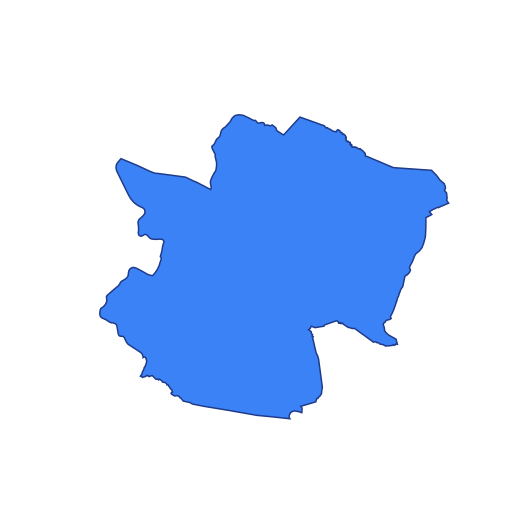 Tangamandapio, Michoacán, Mexico, rotated 30°
{"feature_id": "50627088B20448170324578", "entity_name": "Tangamandapio", "entity_type": "district", "adm_level": 2, "iso_a3": "MEX", "parent_name": "Mexico", "parent_adm1": "Michoacán", "projection": "orthographic", "projection_center": [-102.457, 19.89], "detail": "fine", "context": "isolated", "style": "filled", "palette": "blue", "viewbox_px": 512, "rotation_deg": 30, "n_neighbors": 0, "source": "geoboundaries", "source_scale": "gbopen_adm2", "svg_char_len": 6157}
<svg xmlns="http://www.w3.org/2000/svg" viewBox="0 0 512 512"><g transform="rotate(30 256 256)"><path d="M365.2,94.0L332.0,110.2L330.5,110.8L302.5,114.3L300.6,114.7L299.7,113.0L299.1,112.5L295.3,111.4L294.4,111.3L293.9,111.4L292.5,111.0L292.2,111.2L292.3,111.5L291.6,111.9L290.2,112.0L290.1,111.8L288.3,111.8L288.4,112.0L287.0,112.6L286.2,112.4L285.4,113.4L284.9,113.7L284.1,113.0L283.8,113.2L283.6,113.1L283.6,112.8L283.7,112.2L283.4,111.9L282.6,111.9L282.5,112.5L282.2,112.6L281.4,112.1L281.3,111.4L281.5,111.2L280.9,110.6L280.4,110.5L279.5,111.1L278.9,111.0L278.5,110.6L278.3,110.6L277.8,111.2L277.5,110.9L277.2,111.1L276.7,111.1L276.0,110.6L275.7,109.7L274.9,109.4L275.1,108.7L274.7,108.0L274.3,108.1L273.0,106.9L272.3,107.0L272.0,107.0L271.7,106.7L270.6,106.7L270.1,107.0L270.0,107.3L269.7,107.2L269.6,106.5L269.3,106.4L268.3,106.2L268.0,106.6L266.8,106.6L266.1,105.6L265.1,105.7L264.5,105.5L263.6,105.8L263.4,106.5L263.2,107.8L263.5,108.2L263.0,108.5L259.7,109.5L256.9,109.1L256.6,109.4L256.2,109.5L253.6,109.2L253.0,110.1L250.0,109.1L224.6,113.7L219.4,137.4L211.5,137.1L209.1,135.1L204.5,134.4L203.6,135.8L202.6,136.3L200.7,136.7L198.6,138.1L198.2,138.6L197.0,137.2L195.9,136.9L194.2,137.5L191.8,139.7L190.8,139.8L189.8,139.6L187.8,138.8L186.5,139.6L185.2,139.9L180.9,140.0L174.5,140.6L170.8,142.1L168.8,143.7L167.8,144.7L167.1,146.0L166.4,148.8L166.4,150.2L166.5,151.3L166.4,152.9L166.0,154.7L164.9,159.7L164.0,161.4L163.5,162.9L163.3,164.7L164.7,170.0L164.6,171.5L163.5,174.6L163.6,176.3L163.9,179.2L163.7,180.8L162.9,183.1L164.4,184.9L170.0,188.5L170.9,190.3L175.1,194.8L176.0,196.3L176.9,197.9L178.4,201.8L178.5,203.5L178.3,204.7L178.4,208.4L178.5,210.4L179.1,213.6L180.0,215.6L182.6,218.6L183.2,219.4L183.5,221.1L167.9,221.8L164.0,222.3L156.2,222.9L155.1,223.1L130.1,233.4L126.9,234.9L122.0,235.7L108.1,236.9L90.4,239.2L89.5,243.8L89.4,245.8L89.5,246.8L90.4,249.2L91.4,250.5L92.7,251.9L111.6,264.6L116.6,267.8L118.8,269.0L122.3,270.3L124.3,270.9L127.3,271.2L128.9,271.3L134.4,270.9L136.0,271.4L137.2,272.4L138.3,274.4L138.3,276.0L138.2,277.2L137.8,278.7L136.5,282.7L136.5,283.5L136.7,285.2L137.1,286.1L139.1,288.7L141.1,291.8L142.5,294.8L143.4,296.0L144.2,296.5L145.2,296.6L146.4,296.4L147.1,295.9L148.5,293.5L148.9,293.0L149.9,292.4L151.1,292.4L155.3,293.6L156.6,293.6L159.0,292.7L162.4,290.8L163.7,289.8L166.0,288.6L167.1,288.5L168.6,289.1L169.2,289.7L170.0,293.4L171.3,297.0L172.0,298.6L173.4,304.3L174.8,304.9L175.3,305.7L176.9,312.6L177.3,317.5L177.0,320.7L176.6,323.5L176.2,324.8L173.1,325.8L171.2,326.1L164.9,326.1L159.2,326.3L157.2,326.6L155.1,327.4L153.9,328.9L153.4,329.9L153.2,330.7L153.3,332.3L154.1,334.8L155.1,336.9L155.1,339.2L154.4,341.3L152.2,345.1L151.8,346.5L152.0,348.6L151.5,351.4L150.4,354.0L147.4,362.7L146.8,364.6L146.7,365.8L149.1,369.2L149.5,370.6L149.8,372.9L149.5,375.1L148.6,377.6L148.0,378.6L147.9,379.5L148.1,380.7L149.4,383.8L150.2,384.9L151.0,385.8L152.2,386.4L153.3,386.7L158.0,386.2L162.2,386.5L164.4,386.1L165.8,385.3L168.1,385.0L169.3,385.3L170.3,385.9L175.7,392.4L176.6,393.1L177.4,393.4L178.2,393.4L178.8,393.2L180.5,392.3L181.5,392.2L182.1,392.3L182.7,392.5L186.6,395.2L188.7,396.2L189.6,396.4L204.4,397.2L205.9,397.6L207.5,398.6L208.5,399.6L209.0,400.4L209.2,399.9L209.9,399.3L210.6,399.0L211.1,399.2L212.6,400.3L214.0,401.8L215.0,405.4L215.0,406.8L215.3,407.8L215.0,408.4L215.6,410.7L215.5,411.8L215.7,412.9L215.7,413.7L216.3,415.5L216.3,416.0L215.9,417.1L216.1,417.5L216.0,417.9L216.9,417.9L217.3,417.6L218.5,417.9L219.3,416.6L220.1,416.3L220.7,415.0L221.0,414.8L221.0,414.2L221.9,413.7L223.0,414.0L223.1,413.5L224.1,413.6L224.6,412.8L225.8,411.5L226.7,411.6L227.2,411.8L228.0,411.9L230.6,412.8L232.5,412.0L232.6,411.6L233.0,411.6L233.6,411.9L233.7,411.3L233.8,411.0L234.4,410.9L235.0,411.2L235.7,411.0L236.9,411.3L238.3,412.0L239.7,411.3L241.0,411.1L241.7,411.1L242.4,411.4L243.5,412.2L244.1,411.6L244.6,411.6L245.0,411.8L245.4,412.3L246.8,412.8L248.3,413.7L249.3,413.9L250.0,413.9L250.8,414.9L251.7,415.5L251.0,416.7L251.3,417.6L252.1,417.9L255.6,417.9L257.0,416.7L257.8,416.3L259.7,416.1L260.4,416.3L260.9,416.7L262.1,416.7L265.6,418.0L272.1,415.9L274.3,416.0L275.6,415.8L286.9,411.9L308.9,403.6L336.6,393.5L350.4,387.2L366.7,380.0L365.4,379.2L364.5,377.6L364.3,375.2L364.6,373.5L365.6,372.1L367.0,370.8L371.3,369.3L374.0,368.8L372.2,365.1L371.4,364.3L369.9,363.8L380.7,352.4L379.9,349.5L380.0,349.0L380.9,348.4L380.9,348.2L380.7,347.7L380.7,347.2L381.1,346.4L381.5,344.7L381.5,342.3L380.6,340.5L379.1,336.5L361.9,314.2L359.6,311.9L356.4,309.7L345.5,298.0L345.8,297.9L345.9,297.3L344.5,297.1L344.4,295.9L343.2,295.6L342.7,295.2L341.7,294.0L341.4,293.9L339.6,293.6L338.5,293.6L338.8,293.2L338.9,292.0L339.1,291.6L339.0,289.2L343.0,288.5L349.6,283.1L350.0,282.7L349.8,282.2L350.0,281.2L358.2,271.7L360.2,271.9L361.2,272.9L361.9,272.5L362.1,271.5L362.4,271.5L362.4,271.9L362.6,272.0L363.4,272.1L363.9,271.3L364.6,271.0L364.6,271.3L371.7,271.8L373.0,271.1L374.3,271.0L376.5,270.3L377.4,269.4L400.8,271.9L402.1,270.7L403.1,270.4L403.5,270.7L404.6,270.4L405.8,269.8L407.5,270.3L410.5,269.1L411.1,269.3L411.5,269.1L413.4,269.2L413.8,268.7L415.9,267.4L418.3,265.6L418.6,265.5L418.8,264.9L419.2,264.6L419.9,264.4L419.7,264.1L420.9,263.7L421.0,262.5L422.6,261.8L418.9,258.0L412.2,258.1L410.3,258.1L408.2,257.7L406.8,257.3L405.0,256.5L404.3,255.8L403.0,254.0L401.7,252.8L400.9,252.2L400.2,251.1L400.3,250.1L400.9,248.9L400.8,248.5L400.8,247.6L401.1,246.7L401.6,245.9L403.5,244.2L404.3,242.6L402.8,241.4L402.6,240.5L402.6,238.0L402.1,233.5L400.3,224.1L399.5,221.7L399.5,219.6L398.8,216.8L398.6,215.0L398.1,212.8L398.4,209.1L395.1,199.2L396.0,197.1L396.3,196.9L396.7,195.5L397.1,193.4L396.8,190.9L394.8,189.5L394.4,187.5L394.2,182.2L393.4,177.3L393.2,174.7L395.0,169.7L395.6,165.8L394.8,161.1L393.3,155.4L392.7,153.9L389.5,147.6L385.7,140.8L384.4,138.7L384.2,137.7L384.4,136.8L384.8,136.6L387.5,132.2L384.0,130.9L386.0,127.3L389.0,123.0L390.0,122.8L390.2,122.2L392.0,119.8L396.4,113.9L393.1,112.4L392.7,110.5L389.5,106.1L388.8,105.8L386.7,105.2L386.4,104.6L386.3,103.2L386.0,102.3L385.2,101.2L382.7,99.2L380.1,98.8L377.2,98.2L372.0,95.9L365.2,94.0Z" fill="#3b82f6" stroke="#1e3a8a" stroke-width="1.5"/></g></svg>